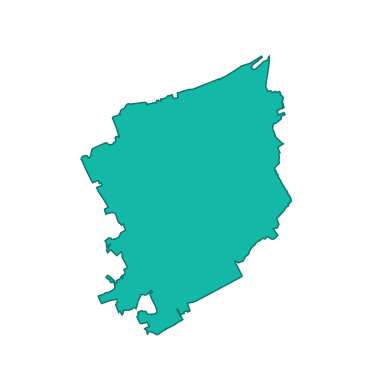 the district of Kota Yogyakarta, Yogyakarta, Indonesia, rotated 61°
{"feature_id": "22746128B9761158776103", "entity_name": "Kota Yogyakarta", "entity_type": "district", "adm_level": 2, "iso_a3": "IDN", "parent_name": "Indonesia", "parent_adm1": "Yogyakarta", "projection": "mercator", "projection_center": [110.376, -7.803], "detail": "fine", "context": "isolated", "style": "filled", "palette": "teal", "viewbox_px": 384, "rotation_deg": 61, "n_neighbors": 0, "source": "geoboundaries", "source_scale": "gbopen_adm2", "svg_char_len": 6031}
<svg xmlns="http://www.w3.org/2000/svg" viewBox="0 0 384 384"><g transform="rotate(61 192 192)"><path d="M271.7,138.1L263.5,138.6L264.7,134.6L262.3,131.6L256.1,130.8L255.3,127.6L252.6,119.7L251.7,119.2L251.6,117.9L251.4,117.9L251.1,117.4L250.9,116.5L251.0,114.7L250.7,114.5L250.7,114.1L249.5,113.8L249.5,113.4L249.0,113.3L249.1,112.1L248.5,112.0L248.4,111.3L248.5,110.5L248.2,109.5L245.9,108.7L244.8,108.8L243.2,108.5L242.8,108.7L241.5,108.7L240.9,108.8L240.8,109.1L237.4,108.5L236.1,108.9L234.3,108.9L233.0,109.2L231.5,108.8L231.1,109.5L229.3,109.2L220.1,109.0L218.0,108.3L217.5,108.7L217.1,109.6L216.2,109.4L216.2,108.9L216.0,108.7L215.6,108.6L215.3,108.7L214.6,108.4L213.7,108.4L213.7,108.9L213.1,108.9L211.1,107.8L209.5,103.8L209.5,102.7L208.9,101.4L207.3,101.1L203.7,98.7L201.6,98.0L200.7,97.5L200.6,96.2L195.2,95.5L194.6,94.4L194.3,92.9L194.2,88.7L192.5,89.7L185.8,91.8L185.2,91.7L184.2,92.3L181.3,91.5L175.0,90.8L174.3,89.6L172.9,88.8L172.1,88.0L172.4,85.3L171.5,78.8L170.1,77.8L169.9,77.4L168.9,77.0L169.4,73.1L167.1,73.0L166.4,78.5L166.4,79.2L162.3,78.1L162.3,76.7L162.0,76.5L162.9,70.9L162.5,70.5L162.2,70.9L162.0,71.4L160.6,71.3L161.0,70.2L158.9,69.5L158.6,69.6L158.7,70.1L158.3,70.2L156.4,69.4L156.5,68.5L154.6,67.5L154.4,66.9L153.7,66.6L152.2,66.4L150.4,67.3L149.4,67.4L148.6,67.2L148.4,66.6L146.5,66.8L145.7,70.2L144.4,70.0L144.1,73.7L142.5,73.7L141.4,74.3L141.3,74.6L141.2,76.8L135.6,76.5L128.4,71.2L126.3,69.4L120.6,65.0L114.4,60.5L110.8,58.8L111.1,59.7L113.1,61.6L113.2,63.2L112.6,65.2L112.7,66.2L115.1,75.9L115.1,77.4L115.0,78.0L114.5,78.9L113.9,79.5L112.8,79.5L112.1,80.1L111.9,79.6L110.5,78.0L109.8,74.8L109.2,70.0L108.7,69.8L108.2,65.2L106.8,65.5L107.3,70.5L107.4,75.5L107.7,78.0L107.3,80.5L106.6,83.4L105.8,88.4L106.1,89.5L106.3,91.7L107.1,105.9L107.0,108.5L106.5,110.2L106.9,110.3L107.4,112.7L107.3,113.0L106.3,112.9L102.5,141.8L102.2,142.6L101.7,143.1L101.1,144.3L99.5,150.5L99.0,154.7L98.2,156.7L101.3,157.9L101.2,158.2L102.4,158.6L102.7,159.0L101.3,162.7L98.8,162.9L98.7,162.3L97.0,162.4L97.1,164.5L96.8,165.4L96.2,166.0L96.2,166.9L97.0,168.8L97.0,170.3L95.5,174.3L97.4,175.3L96.2,177.0L95.4,176.8L94.9,178.7L96.6,179.7L95.3,182.8L94.7,185.4L93.8,188.0L93.7,189.2L91.9,188.6L90.8,189.8L90.0,191.2L89.7,192.5L88.8,194.3L88.3,196.2L86.7,199.5L85.6,202.7L85.1,203.5L84.6,203.8L83.9,205.1L83.8,206.6L84.3,207.8L85.5,209.5L86.1,210.9L85.9,212.8L86.1,214.8L88.1,216.8L88.3,217.8L88.7,217.9L89.0,217.7L88.9,217.9L89.4,218.0L88.6,221.4L88.2,225.2L88.7,225.7L95.9,226.5L104.9,228.1L106.8,228.5L106.6,229.0L107.0,229.1L107.6,228.6L108.6,229.0L108.2,229.4L107.9,230.2L107.4,230.5L106.9,231.4L106.9,232.2L107.2,232.8L107.6,233.2L110.1,233.4L110.5,233.7L110.8,234.9L110.9,236.6L111.7,237.9L111.8,238.7L111.0,240.7L109.5,242.2L108.1,242.6L107.6,242.9L107.0,244.5L106.0,257.4L106.2,258.5L106.6,259.2L111.0,263.0L112.0,264.4L112.3,265.2L112.1,266.2L111.7,266.4L110.8,266.0L109.5,266.3L108.7,267.2L108.1,268.3L108.0,269.8L108.1,271.0L108.8,272.3L109.7,273.2L110.6,273.0L112.9,273.0L119.1,273.8L133.0,274.5L135.8,274.3L136.4,268.6L139.9,268.8L140.3,267.1L142.7,267.5L141.8,273.3L145.8,273.6L146.1,273.5L147.7,273.5L156.9,272.8L164.8,272.6L164.6,276.8L166.1,277.0L166.1,277.4L169.8,278.1L169.9,277.8L169.7,276.5L171.1,272.1L172.3,270.3L172.8,269.9L173.9,269.7L174.1,269.4L179.3,270.6L182.6,270.9L183.5,270.8L183.5,270.5L184.0,270.6L184.5,270.3L184.6,270.0L186.9,269.8L186.7,267.3L187.5,267.3L189.0,268.1L193.2,268.5L193.2,274.1L193.5,274.7L195.7,277.2L195.9,277.8L196.0,278.9L195.9,282.0L195.2,283.2L194.9,285.0L194.5,285.3L193.2,285.3L191.7,287.3L192.2,288.7L192.5,291.6L195.4,291.8L197.1,292.5L199.1,293.6L198.8,292.3L198.0,290.8L197.7,289.9L197.9,288.6L198.2,288.8L198.7,289.5L199.5,291.9L200.5,291.7L201.4,295.1L204.3,295.1L203.1,291.1L211.2,288.7L209.8,283.2L213.7,283.5L214.1,283.7L215.1,284.8L220.8,284.7L224.3,285.0L226.5,284.8L226.8,285.4L226.9,289.1L231.1,289.9L231.4,293.8L233.5,293.6L234.3,295.0L231.8,294.9L233.2,297.6L232.8,301.0L234.8,301.3L234.8,302.4L235.1,302.4L235.5,303.0L232.1,303.1L228.5,304.0L225.8,305.1L224.0,306.2L225.0,308.7L228.4,307.2L228.4,306.3L228.7,306.3L229.3,306.8L231.7,307.0L232.0,305.2L232.4,305.3L232.7,303.8L237.9,305.6L238.8,306.5L239.4,309.3L239.4,312.8L239.2,314.4L238.6,314.8L238.3,317.1L238.5,319.5L237.6,324.4L239.1,324.8L245.7,325.2L247.2,316.6L249.1,309.8L252.0,310.4L253.6,313.4L261.7,314.5L261.6,312.7L265.6,312.9L264.9,311.4L262.4,309.1L264.8,304.1L265.3,301.2L265.0,299.8L265.1,298.7L265.8,297.5L266.8,297.5L261.8,292.4L259.6,289.9L257.2,285.9L257.4,285.2L259.3,283.2L259.7,281.8L259.7,280.5L259.3,278.1L258.3,275.4L259.6,275.3L260.4,275.5L260.4,276.7L261.0,278.3L265.2,279.0L275.1,279.4L280.1,280.6L280.5,282.4L280.4,284.5L279.9,285.3L278.5,288.5L277.1,290.2L273.9,290.3L273.3,292.0L272.7,292.6L271.4,293.4L271.3,294.6L270.9,296.7L271.5,296.9L271.4,297.4L272.1,297.6L271.9,298.2L274.1,298.6L274.4,300.7L279.2,301.0L281.6,301.0L282.5,300.3L283.0,299.3L284.0,295.5L284.1,294.2L286.3,294.6L287.6,294.5L289.1,294.9L288.6,297.0L288.6,299.7L289.8,299.5L290.2,299.1L291.1,298.8L294.7,299.9L294.8,299.7L294.4,299.1L293.1,298.3L293.7,296.8L295.4,294.7L299.6,292.1L300.2,290.5L299.4,285.3L299.4,282.6L299.6,281.3L298.8,281.2L299.0,280.3L299.1,280.2L299.5,277.8L299.7,272.4L299.1,267.3L299.3,265.8L299.1,264.7L299.2,261.9L295.7,262.0L295.6,262.4L287.2,262.3L287.2,261.4L292.9,261.4L294.3,261.1L294.3,260.4L293.9,260.1L293.8,259.6L294.2,258.6L294.2,257.5L293.5,257.4L293.1,256.7L293.1,255.7L293.5,254.2L294.7,254.2L295.0,252.7L295.0,252.2L294.8,252.2L294.8,251.4L287.1,249.9L288.9,244.3L289.4,240.1L290.1,189.8L289.9,189.0L289.2,188.7L273.3,188.3L273.4,187.9L274.1,186.7L275.7,186.4L276.2,185.9L276.6,185.2L277.1,180.7L274.4,176.7L274.2,174.9L273.8,172.8L272.9,171.7L271.6,170.5L269.4,166.1L268.6,162.4L267.1,159.9L267.4,156.4L266.8,153.2L267.3,152.0L268.0,151.6L268.4,150.8L268.3,150.0L267.3,148.4L267.3,148.1L268.4,147.0L270.3,146.1L271.8,145.1L272.3,144.5L272.6,143.6L272.8,142.3L272.6,140.9L271.7,139.3L271.7,138.1Z" fill="#14b8a6" stroke="#0f766e" stroke-width="1.5"/></g></svg>